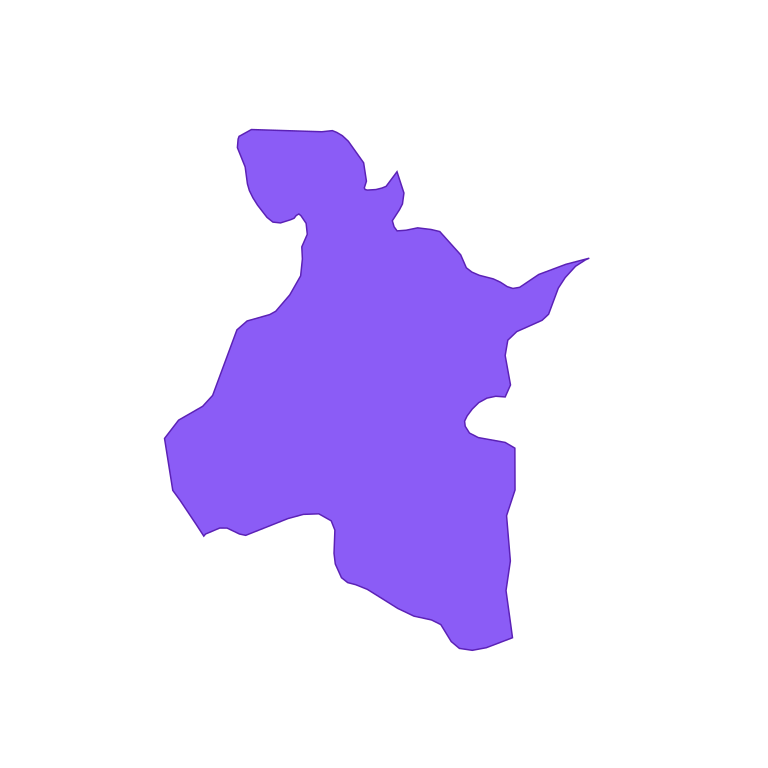 outline of Ocotepeque, rotated 253°
{"feature_id": "HND-653", "entity_name": "Ocotepeque", "entity_type": "Department", "adm_level": 1, "iso_a3": "HND", "parent_name": "Honduras", "parent_adm1": "", "projection": "mercator", "projection_center": [-89.003, 14.47], "detail": "fine", "context": "isolated", "style": "filled", "palette": "violet", "viewbox_px": 768, "rotation_deg": 253, "n_neighbors": 0, "source": "natural_earth", "source_scale": "10m", "svg_char_len": 1659}
<svg xmlns="http://www.w3.org/2000/svg" viewBox="0 0 768 768"><g transform="rotate(253 384 384)"><path d="M117.2,434.9L103.8,432.7L101.9,404.8L103.5,390.6L109.1,378.8L118.0,373.0L137.3,368.0L144.5,360.4L153.2,344.8L165.3,331.6L192.5,308.0L200.4,298.2L204.7,291.2L211.2,286.7L226.1,284.8L236.7,286.7L258.6,294.3L268.6,293.5L278.9,283.7L282.9,268.8L283.4,252.9L279.7,207.5L282.8,201.9L292.1,191.8L294.3,184.8L292.7,169.5L291.2,167.2L304.4,163.4L332.6,154.9L344.0,150.9L396.1,158.2L409.5,177.0L415.7,204.1L423.2,216.8L478.8,259.2L484.3,271.5L483.8,295.0L485.2,301.7L496.8,320.0L511.8,335.9L527.4,342.5L539.2,345.5L549.6,354.4L560.4,356.5L569.2,353.8L571.5,352.3L570.8,349.3L568.8,346.5L568.4,342.8L568.3,332.1L571.3,325.1L577.6,320.8L591.9,315.4L600.3,313.1L608.3,311.8L615.3,311.9L632.2,314.7L652.9,312.9L660.9,316.1L663.2,317.8L666.1,331.6L643.4,398.3L641.4,408.7L638.4,412.4L633.6,416.8L626.7,420.8L601.5,429.2L583.1,426.5L577.3,422.5L575.5,422.8L574.3,424.8L572.3,433.2L572.0,439.4L572.4,443.8L583.2,458.5L560.8,458.9L550.8,454.3L546.1,449.7L537.7,439.7L531.4,439.6L526.6,441.3L524.6,450.1L523.5,461.8L518.0,474.2L513.5,481.9L485.1,495.1L471.1,496.7L465.4,500.7L460.1,506.9L452.6,519.2L447.3,525.1L441.1,530.3L437.7,535.2L436.8,542.0L443.5,564.0L445.3,593.0L444.3,617.1L443.8,612.9L440.6,601.6L432.8,588.4L424.7,578.7L402.6,561.8L398.7,553.8L395.3,526.3L389.7,515.2L375.8,508.2L346.1,504.7L336.2,496.1L339.6,487.3L340.4,478.2L338.5,469.2L334.2,461.0L329.2,454.2L324.9,450.2L319.8,449.3L312.1,451.4L305.2,458.5L292.7,482.8L284.4,490.4L244.3,478.3L222.2,462.7L177.8,453.1L150.8,440.3L117.2,434.9Z" fill="#8b5cf6" stroke="#5b21b6" stroke-width="1.5"/></g></svg>